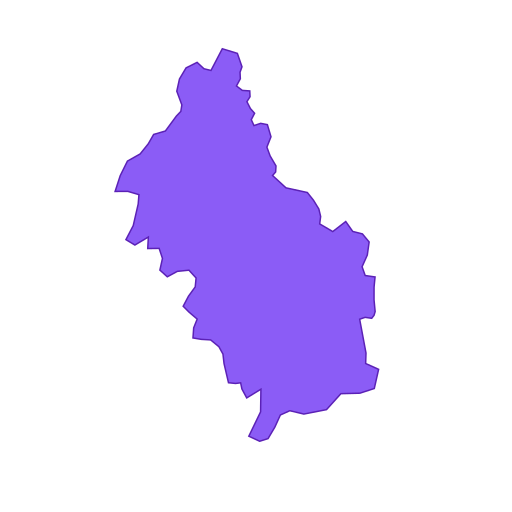 Shumen, Equal Earth projection, rotated 131°
{"feature_id": "BGR-2258", "entity_name": "Shumen", "entity_type": "Province", "adm_level": 1, "iso_a3": "BGR", "parent_name": "Bulgaria", "parent_adm1": "", "projection": "equal_earth", "projection_center": [26.96, 43.305], "detail": "fine", "context": "isolated", "style": "filled", "palette": "violet", "viewbox_px": 512, "rotation_deg": 131, "n_neighbors": 0, "source": "natural_earth", "source_scale": "10m", "svg_char_len": 1476}
<svg xmlns="http://www.w3.org/2000/svg" viewBox="0 0 512 512"><g transform="rotate(131 256 256)"><path d="M121.7,417.4L115.3,403.0L122.4,390.7L127.8,388.6L132.5,384.1L140.5,382.3L140.0,375.0L135.5,369.0L139.7,365.0L145.5,364.1L148.4,356.9L149.2,350.7L156.2,349.0L158.9,343.1L152.8,339.5L149.4,333.6L156.2,322.9L166.7,319.2L171.2,311.0L174.9,300.0L179.7,296.3L184.4,296.3L184.9,278.1L174.4,258.9L176.2,249.2L179.3,239.4L183.8,233.1L190.0,229.0L187.2,214.1L171.1,210.9L174.0,199.1L169.5,190.2L171.2,179.8L182.3,172.6L194.5,168.9L199.1,160.8L193.7,152.4L202.0,146.5L211.6,138.2L219.8,129.6L223.3,128.0L227.1,127.8L230.7,133.4L235.7,136.3L257.1,109.3L265.2,102.7L261.1,89.1L278.4,79.8L291.4,87.6L304.2,101.6L325.7,102.0L343.9,116.2L350.6,129.0L360.0,133.3L372.8,129.5L385.9,127.1L393.4,131.7L396.7,143.2L370.6,150.3L353.3,164.9L369.2,169.9L365.6,179.4L361.8,184.4L365.6,187.8L369.7,193.6L358.2,209.5L351.7,216.6L348.8,224.5L349.1,235.2L354.8,242.6L359.2,249.8L351.1,255.9L342.2,259.0L342.3,269.7L341.7,278.0L330.6,280.6L319.2,281.6L311.9,286.8L310.7,297.3L319.2,305.3L329.9,309.3L329.7,319.3L319.2,325.0L313.8,334.1L321.4,342.6L312.3,349.7L327.2,354.6L329.0,364.9L313.6,368.6L294.1,379.0L286.5,384.6L291.3,395.1L299.7,404.7L284.4,411.2L268.7,415.3L255.0,410.4L242.1,410.9L231.4,413.0L221.1,406.4L202.6,407.9L196.2,407.6L190.6,411.1L183.6,423.9L172.6,429.9L159.9,432.2L148.5,427.5L148.8,418.1L145.5,411.7L121.7,417.4Z" fill="#8b5cf6" stroke="#5b21b6" stroke-width="1.5"/></g></svg>